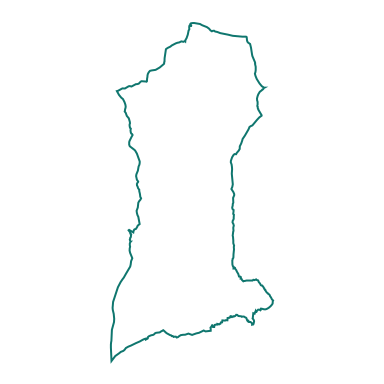 Kota Batu, Jawa Timur, Indonesia (Natural Earth projection)
{"feature_id": "22746128B69457994360094", "entity_name": "Kota Batu", "entity_type": "district", "adm_level": 2, "iso_a3": "IDN", "parent_name": "Indonesia", "parent_adm1": "Jawa Timur", "projection": "natural_earth1", "projection_center": [112.536, -7.834], "detail": "fine", "context": "isolated", "style": "outline", "palette": "teal", "viewbox_px": 384, "rotation_deg": 0, "n_neighbors": 0, "source": "geoboundaries", "source_scale": "gbopen_adm2", "svg_char_len": 5992}
<svg xmlns="http://www.w3.org/2000/svg" viewBox="0 0 384 384"><path d="M246.1,36.7L242.7,36.7L232.7,35.8L228.2,34.7L220.2,33.1L217.4,32.0L215.1,31.5L214.0,30.7L212.6,30.9L211.9,31.3L210.5,30.4L209.0,28.6L206.9,27.1L202.1,25.2L200.0,24.0L194.1,23.0L192.0,23.1L190.8,23.4L190.2,24.2L191.2,25.4L191.2,25.8L191.1,26.0L189.4,25.9L189.3,26.3L189.2,27.1L189.3,29.4L188.6,30.5L187.8,34.6L186.5,38.3L185.5,39.9L185.3,41.4L185.0,41.1L184.7,41.1L183.5,41.8L181.3,41.4L179.3,42.4L177.3,42.8L175.7,43.4L171.7,45.5L170.4,46.6L167.9,47.8L166.1,49.0L165.9,49.4L165.0,55.5L164.6,58.2L164.5,61.4L164.5,61.7L164.2,62.1L164.1,63.7L163.4,64.4L159.7,67.5L156.1,69.6L155.4,69.9L151.9,70.4L150.1,70.8L149.7,71.1L148.6,72.5L147.8,74.1L147.5,75.5L147.4,77.0L147.1,78.5L146.9,81.3L146.5,81.7L145.7,81.5L141.6,81.2L140.6,81.7L138.7,83.7L137.2,84.1L135.8,84.2L131.5,86.5L129.8,86.1L128.6,86.3L124.9,88.5L122.4,88.4L118.0,90.8L116.9,91.1L119.0,94.9L121.2,97.6L123.0,99.1L124.5,102.1L125.4,104.7L125.7,106.6L125.5,108.0L125.1,109.2L124.9,110.8L124.7,111.5L125.7,112.8L126.8,115.9L128.8,118.3L129.8,121.8L130.0,123.2L129.6,124.5L129.6,125.8L130.0,127.8L130.8,128.6L130.5,130.4L130.8,132.5L131.3,133.6L132.0,134.0L132.5,134.7L132.5,135.3L131.9,136.2L129.6,140.8L129.2,142.1L129.2,144.7L129.8,146.3L134.1,149.6L135.1,150.5L136.9,153.6L139.7,161.4L139.7,162.9L139.4,164.7L138.6,166.5L137.9,170.6L136.4,174.3L136.1,176.1L136.9,179.7L138.2,181.6L138.1,182.0L137.4,182.9L136.9,184.0L137.0,185.5L137.6,186.5L138.0,188.0L139.3,189.9L139.2,190.9L139.9,193.8L140.3,196.9L141.1,198.3L140.4,199.7L139.0,201.4L138.3,202.8L137.8,207.5L136.6,210.8L136.9,213.0L137.5,215.2L138.3,216.8L139.6,223.8L139.6,224.2L138.4,225.0L137.5,226.0L137.2,226.9L136.0,228.8L135.6,229.1L134.8,229.2L134.2,229.6L133.5,231.2L133.3,232.4L129.1,229.9L128.6,230.3L130.3,232.6L130.3,233.6L130.8,233.8L131.2,234.4L130.9,235.9L130.9,236.9L130.2,237.9L130.1,238.5L130.2,238.9L129.8,239.6L130.2,241.1L130.6,241.6L130.8,241.6L130.2,242.3L129.8,243.6L129.8,245.2L130.1,246.6L129.7,248.5L129.6,250.6L130.1,252.8L132.3,258.2L131.1,261.2L130.7,264.4L130.2,266.6L126.0,273.7L123.8,277.6L122.5,279.3L120.6,282.1L117.9,287.3L113.1,301.9L112.6,307.9L112.8,310.0L113.7,313.8L114.2,318.8L114.0,322.1L111.9,329.8L111.4,340.8L111.1,342.4L110.9,344.6L110.9,347.7L111.5,361.0L115.3,356.0L119.1,353.3L120.8,351.9L123.3,350.9L124.5,349.9L125.9,348.0L128.4,346.6L130.9,345.6L136.0,343.1L139.7,341.5L142.7,339.8L144.4,339.0L145.8,338.6L145.9,339.5L147.6,338.6L147.8,338.3L147.9,337.3L148.1,336.9L149.0,336.2L151.1,335.3L153.1,334.9L154.1,334.3L155.0,333.3L156.1,332.8L159.7,332.4L161.4,331.2L162.4,330.8L163.2,330.2L163.9,330.7L166.5,333.1L170.1,335.1L171.2,335.4L171.8,336.1L172.7,336.0L173.6,336.9L174.3,336.7L175.9,336.7L176.7,337.5L178.0,337.1L179.2,336.1L179.9,335.7L180.6,335.2L182.9,334.8L185.2,334.7L188.4,333.6L192.1,334.9L196.3,333.4L199.0,332.8L203.7,330.5L205.5,331.4L210.7,330.8L210.7,328.8L210.5,327.6L211.7,326.3L211.9,325.4L212.3,325.3L212.4,326.0L212.7,326.2L213.2,326.2L213.2,327.0L214.2,327.0L214.4,325.8L214.8,324.9L216.1,324.6L217.4,324.6L217.4,323.9L219.4,324.3L219.9,323.8L220.4,323.7L220.9,322.4L222.1,322.3L222.4,320.4L225.1,320.6L225.7,320.2L227.4,320.3L227.6,318.0L229.3,317.8L229.5,317.4L230.3,317.3L230.5,316.2L230.8,316.1L231.1,316.3L231.4,316.3L231.7,317.0L232.0,317.1L233.3,316.3L233.8,316.6L234.2,316.2L235.0,316.1L235.6,315.6L236.2,314.8L237.2,314.9L238.4,316.0L241.2,316.3L241.8,316.8L242.8,316.5L244.0,316.6L245.4,317.5L246.0,317.7L246.5,318.3L246.8,319.4L247.0,320.0L247.3,320.1L247.5,320.7L248.1,320.5L248.3,320.6L248.1,321.5L248.4,321.8L248.9,322.0L250.5,322.0L251.7,322.9L252.1,323.7L252.1,324.5L252.7,324.2L253.0,324.5L253.5,324.0L254.1,321.4L253.9,320.3L253.1,319.0L252.6,318.5L252.8,317.8L253.3,313.2L254.6,313.7L255.2,312.0L255.4,312.0L255.7,311.0L256.1,311.8L256.4,311.9L257.0,310.8L258.1,309.7L259.3,309.7L260.0,310.0L260.4,310.3L260.7,310.0L260.9,308.7L261.7,308.7L264.0,309.3L265.7,309.3L266.8,308.9L268.6,307.9L270.5,306.3L271.9,304.7L272.6,303.6L272.8,301.1L273.1,300.5L271.9,299.3L271.1,297.6L270.1,296.2L269.8,295.3L269.3,294.5L268.2,293.9L267.8,293.2L267.2,292.9L266.3,291.9L265.6,290.7L265.2,290.3L265.3,289.9L264.4,289.1L264.3,288.4L263.9,288.1L263.5,287.2L262.2,285.5L261.4,285.5L260.8,285.1L260.0,283.5L258.8,282.1L258.1,280.4L256.5,279.9L256.1,279.4L254.6,280.1L253.3,279.8L252.6,280.5L246.7,280.5L244.6,281.0L243.8,281.0L243.3,281.3L242.0,280.0L241.5,278.9L240.6,278.7L240.9,277.5L240.8,277.0L240.2,276.6L239.3,276.7L239.0,276.5L238.3,274.0L236.8,271.5L236.3,270.2L235.3,269.0L235.0,267.9L234.7,267.7L233.9,268.4L233.5,268.5L233.4,266.6L233.0,266.4L232.8,266.0L232.4,264.5L232.3,260.4L232.6,259.7L232.6,258.9L233.2,258.1L233.4,257.4L233.5,254.2L234.0,249.4L233.8,246.9L234.1,245.7L233.3,243.2L233.3,240.5L233.0,236.8L232.7,235.7L233.2,231.6L233.5,230.9L233.3,228.4L233.3,227.5L233.8,225.6L233.3,223.8L232.8,223.0L232.5,222.2L232.8,220.6L233.4,219.7L233.7,218.7L233.7,217.3L233.9,214.7L233.2,213.9L233.5,211.7L233.6,210.0L232.7,209.3L232.4,208.6L232.2,207.5L232.7,205.6L232.8,203.8L233.3,202.7L233.1,197.9L234.2,195.3L234.2,194.1L233.4,192.1L231.4,189.0L232.3,186.9L232.8,184.3L231.8,173.8L232.1,169.1L231.9,166.6L231.6,164.5L230.8,162.3L230.9,160.8L232.1,157.3L233.5,155.0L234.5,154.1L236.1,154.2L236.7,153.0L238.9,150.4L239.3,149.5L239.7,149.0L239.8,146.3L241.2,143.5L242.2,140.6L242.6,139.0L244.9,135.6L248.5,129.4L249.5,127.0L250.6,126.2L252.4,125.4L256.9,120.0L259.3,117.4L261.6,115.7L261.6,115.2L258.3,109.6L258.3,109.1L258.0,108.8L257.7,107.8L257.8,106.9L257.4,106.4L257.3,105.8L257.6,104.5L257.6,101.9L257.1,100.3L257.0,98.5L257.6,96.1L258.3,94.3L259.8,91.8L262.0,90.1L262.2,89.7L262.6,89.6L263.3,89.0L263.5,88.2L264.4,87.7L264.1,87.7L261.8,86.2L259.5,83.4L256.7,78.9L255.5,75.9L254.9,73.7L255.4,72.2L255.7,70.2L255.7,66.8L255.0,63.7L255.2,63.2L255.0,62.3L252.4,56.1L252.1,54.8L251.0,47.7L250.1,44.0L248.1,42.6L247.4,41.7L247.0,40.3L246.7,37.3L246.6,37.0L246.1,36.7Z" fill="none" stroke="#0f766e" stroke-width="2"/></svg>